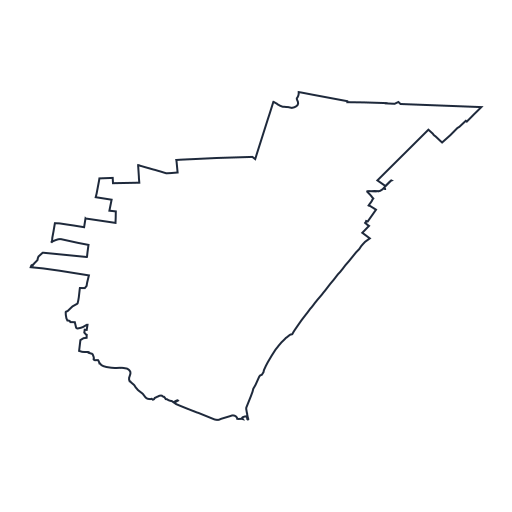 the district of Corbu, Constanta, Romania
{"feature_id": "2599482B13126343375906", "entity_name": "Corbu", "entity_type": "district", "adm_level": 2, "iso_a3": "ROU", "parent_name": "Romania", "parent_adm1": "Constanta", "projection": "robinson", "projection_center": [28.674, 44.419], "detail": "fine", "context": "isolated", "style": "outline", "palette": "slate", "viewbox_px": 512, "rotation_deg": 0, "n_neighbors": 0, "source": "geoboundaries", "source_scale": "gbopen_adm2", "svg_char_len": 5899}
<svg xmlns="http://www.w3.org/2000/svg" viewBox="0 0 512 512"><path d="M59.6,223.4L54.9,223.2L53.5,231.4L52.3,237.8L52.1,240.7L51.5,242.0L51.3,242.6L51.8,242.1L52.6,241.4L55.4,240.2L57.8,239.4L59.4,239.1L60.1,239.1L60.8,239.1L78.1,242.9L88.5,244.9L88.2,247.0L87.5,252.2L87.0,256.8L86.9,257.0L86.7,257.0L53.3,253.7L42.9,252.7L42.6,252.8L38.5,256.5L37.8,258.3L37.5,260.0L36.3,261.3L36.1,261.5L34.3,263.3L33.8,264.0L33.0,264.6L32.8,265.3L31.6,265.2L31.2,265.8L30.7,267.2L43.0,268.4L59.5,270.7L88.9,275.4L87.3,281.9L87.0,283.3L86.6,285.9L84.8,288.1L79.9,288.0L79.8,288.5L78.8,297.3L78.3,300.3L77.6,303.3L77.3,303.7L72.5,306.4L70.8,308.0L67.7,311.0L67.4,311.2L66.3,311.5L66.1,311.7L65.8,311.9L65.7,312.2L65.8,314.9L66.4,318.3L67.4,320.5L68.7,320.6L69.4,320.9L70.2,321.5L70.4,322.1L74.8,322.2L76.1,327.6L76.6,328.2L77.6,328.5L80.8,327.8L83.0,327.0L86.8,324.8L87.5,324.8L86.7,329.9L84.7,329.7L84.3,332.6L86.1,334.6L86.7,334.8L86.6,337.8L83.5,338.2L80.4,340.1L79.1,350.9L82.0,351.8L82.9,351.9L84.8,352.0L87.6,352.0L88.6,352.1L88.6,352.8L89.0,352.9L89.5,353.1L90.0,353.1L90.4,353.3L90.5,353.4L91.1,353.5L91.9,353.7L92.0,353.8L92.4,354.2L92.6,354.3L92.9,354.9L93.7,357.1L93.9,358.3L93.6,359.0L93.6,359.3L93.9,359.7L94.5,360.1L95.2,360.2L95.6,360.2L96.1,360.1L98.0,360.1L98.6,361.0L99.1,362.2L99.5,363.5L100.1,363.5L100.8,364.5L101.6,365.2L102.7,365.8L103.6,366.2L106.4,367.0L111.0,367.7L114.8,368.0L116.2,368.0L119.8,367.8L120.4,367.8L120.6,367.9L121.0,367.8L122.9,367.9L125.9,368.4L127.0,368.6L127.5,368.9L128.2,369.3L128.7,369.7L129.2,370.1L129.6,370.7L130.0,371.2L130.3,371.8L130.4,372.5L130.4,373.0L130.4,373.7L130.2,374.4L129.7,376.0L129.1,377.8L129.1,378.7L129.1,379.7L129.7,381.4L130.4,381.5L130.8,382.1L131.3,382.6L133.9,384.8L134.5,385.5L135.6,387.3L137.0,388.9L137.7,389.8L138.5,390.5L142.4,393.5L143.0,394.1L145.2,397.0L145.9,397.7L146.5,398.2L147.5,398.7L148.3,398.9L150.0,399.1L151.1,399.0L151.7,398.8L152.9,399.7L153.7,399.3L154.0,399.2L154.8,397.9L155.4,397.7L155.5,397.6L156.6,397.1L157.3,396.7L157.8,396.6L158.6,396.1L159.4,395.8L160.2,395.6L161.5,395.6L161.9,395.7L162.2,395.9L162.7,396.6L162.4,397.0L162.9,396.5L163.3,396.8L164.0,396.8L164.5,397.3L165.4,398.5L165.7,399.1L167.1,399.3L167.8,399.8L169.0,400.4L170.6,400.9L171.7,401.0L173.5,402.3L175.9,400.9L176.8,400.5L177.6,400.3L177.9,400.6L177.1,401.0L174.3,402.8L176.1,404.1L179.9,405.7L188.3,409.1L197.0,412.5L198.4,412.9L214.4,419.4L214.8,419.5L215.2,419.6L216.4,419.8L217.1,419.9L217.6,419.9L218.8,419.8L219.8,419.4L221.2,418.8L230.2,416.1L231.9,415.5L232.7,415.4L233.8,415.5L234.6,415.7L235.4,416.1L236.1,416.6L236.6,417.2L237.1,418.0L237.2,418.8L238.5,419.0L239.8,418.9L240.4,418.9L241.4,418.8L241.6,418.8L242.8,419.1L242.6,418.8L242.0,418.5L242.0,418.2L242.1,417.9L242.4,417.5L242.8,417.2L243.9,416.8L244.7,416.5L245.3,416.5L245.6,416.5L246.0,416.3L246.4,416.3L246.8,416.9L246.9,417.3L247.1,417.7L247.2,418.1L247.2,418.4L247.2,418.9L247.5,419.3L247.8,419.5L248.1,419.4L248.3,419.2L247.7,417.0L247.1,414.0L247.1,413.3L246.9,413.0L246.2,408.9L246.3,407.6L250.8,396.4L252.5,391.8L253.3,388.7L254.6,386.5L255.6,384.7L259.1,376.9L259.6,376.1L260.1,375.5L260.7,375.2L261.8,374.8L262.9,373.1L263.6,371.9L263.7,371.0L264.1,369.7L265.0,367.8L265.8,366.0L267.8,362.2L271.7,355.6L274.0,352.0L275.6,349.5L277.8,346.8L278.6,345.7L281.5,342.3L283.6,340.3L285.0,338.9L285.9,337.9L286.6,337.5L289.7,335.0L290.3,334.7L290.6,334.5L291.6,334.4L292.0,334.3L292.3,334.1L292.8,333.2L293.7,331.6L294.8,329.9L297.9,325.4L299.5,323.1L301.4,320.4L302.9,318.4L305.0,315.7L305.9,314.5L307.2,312.9L308.9,310.6L310.2,308.8L311.5,307.4L313.0,305.5L315.3,302.4L315.6,302.1L317.5,299.7L319.5,297.4L321.8,294.7L323.4,292.6L325.0,290.7L330.3,283.8L333.6,279.9L338.0,274.2L340.2,271.9L341.7,270.0L342.3,269.3L345.4,265.2L348.9,261.2L356.1,252.3L359.3,249.0L361.2,246.1L363.3,243.7L365.1,241.8L369.8,238.4L367.3,236.5L362.3,232.8L369.0,225.9L366.7,224.3L366.4,223.7L365.6,223.4L365.1,222.9L365.4,222.5L365.9,222.0L366.2,221.0L367.7,221.5L376.0,209.7L369.0,205.3L368.8,205.6L368.6,205.5L369.9,203.6L370.8,202.5L372.1,200.5L372.2,200.2L372.3,199.8L373.3,198.5L372.1,197.2L371.7,196.6L371.3,196.0L371.0,195.8L370.4,195.0L367.3,191.8L367.0,191.7L366.5,191.7L367.6,191.2L369.0,191.1L371.0,191.2L373.3,191.3L373.0,191.1L374.7,191.0L376.5,191.1L378.3,191.1L378.4,191.3L378.5,191.3L378.8,191.1L379.2,191.1L380.0,190.9L381.2,190.2L382.4,189.4L383.6,188.3L383.7,188.2L384.9,189.0L385.1,189.0L385.1,188.9L385.0,188.7L383.8,188.0L385.2,186.5L389.8,181.9L391.1,180.6L391.4,180.5L391.2,180.4L389.6,181.8L385.4,186.0L377.4,180.4L428.4,129.7L432.8,133.7L433.1,134.1L433.4,134.6L434.0,135.2L434.4,135.6L435.2,136.1L436.1,136.9L438.0,138.7L440.1,140.7L442.1,142.5L450.4,135.1L457.4,128.0L459.4,126.8L465.8,120.8L466.8,121.6L474.2,114.1L477.9,110.5L479.9,108.5L481.3,107.1L400.5,104.0L398.4,102.0L394.6,103.8L386.1,103.4L386.2,103.1L363.8,102.4L347.4,102.2L347.5,101.5L347.4,101.2L312.6,94.7L301.2,92.5L298.7,92.1L298.7,93.2L298.6,94.4L298.3,95.6L297.6,97.2L296.8,98.3L296.9,99.4L297.9,101.8L298.1,103.5L297.6,105.0L296.7,105.9L295.7,106.6L294.2,107.3L293.5,107.5L291.7,107.9L288.2,107.1L286.0,107.0L284.6,106.8L283.9,106.8L282.5,106.7L279.8,105.6L278.5,104.8L277.6,104.4L276.9,103.7L275.4,102.9L274.7,102.5L273.5,101.8L273.4,101.8L273.0,103.0L271.5,107.8L269.7,113.5L267.8,119.3L256.5,154.9L255.9,156.9L255.2,159.1L252.4,156.9L216.5,158.0L191.5,159.2L188.8,159.3L180.6,159.7L176.3,160.0L176.4,160.4L176.6,162.0L177.6,172.5L170.5,173.1L166.3,173.3L164.3,172.7L160.5,171.5L158.3,170.9L155.0,169.9L153.3,169.5L140.3,165.8L139.1,165.3L138.2,165.1L138.1,166.0L138.2,166.4L138.9,177.1L138.9,177.9L139.3,182.7L113.0,183.2L112.7,177.9L99.4,178.4L99.1,180.4L96.6,193.6L96.0,196.0L95.7,197.2L111.6,199.7L109.4,210.7L115.8,211.4L115.7,217.6L115.5,222.9L100.7,220.7L89.1,219.0L85.6,218.5L85.5,218.4L84.1,227.2L73.7,225.5L66.8,224.5L59.6,223.4Z" fill="none" stroke="#1e293b" stroke-width="2"/></svg>